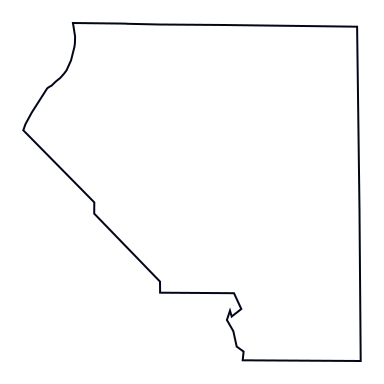 St. Clair, Illinois, United States of America
{"feature_id": "52423323B37622799423649", "entity_name": "St. Clair", "entity_type": "district", "adm_level": 2, "iso_a3": "USA", "parent_name": "United States of America", "parent_adm1": "Illinois", "projection": "albers", "projection_center": [-90.081, 38.44], "detail": "fine", "context": "isolated", "style": "outline", "palette": "ink", "viewbox_px": 384, "rotation_deg": 0, "n_neighbors": 0, "source": "geoboundaries", "source_scale": "gbopen_adm2", "svg_char_len": 587}
<svg xmlns="http://www.w3.org/2000/svg" viewBox="0 0 384 384"><path d="M242.7,360.3L360.7,361.0L359.5,210.3L357.1,26.7L224.5,25.0L159.3,24.5L127.8,23.8L124.9,23.6L72.9,23.0L73.0,23.7L73.1,23.9L75.1,36.6L74.9,43.5L74.4,47.0L71.0,60.5L69.7,63.3L66.6,70.2L64.1,73.6L60.1,78.1L58.3,79.5L55.6,81.7L51.6,85.6L48.4,87.4L47.1,88.5L32.3,111.7L31.4,113.2L26.9,121.5L25.4,124.3L23.3,130.3L94.3,202.4L94.2,213.6L160.0,281.6L160.1,292.7L234.0,293.2L241.3,309.0L231.7,316.5L230.0,310.7L226.9,320.0L233.3,331.1L236.7,346.6L243.6,351.6L242.7,360.3Z" fill="none" stroke="#020617" stroke-width="2"/></svg>